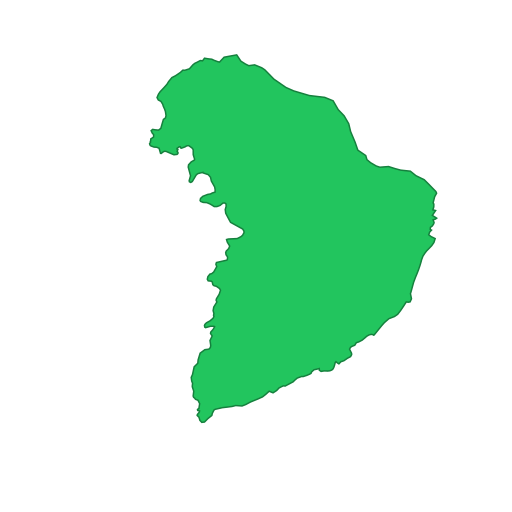 outline of Macenta, Macenta, Guinea, rotated 26°
{"feature_id": "49546643B89321000346935", "entity_name": "Macenta", "entity_type": "district", "adm_level": 2, "iso_a3": "GIN", "parent_name": "Guinea", "parent_adm1": "Macenta", "projection": "albers", "projection_center": [-9.435, 8.32], "detail": "fine", "context": "isolated", "style": "filled", "palette": "green", "viewbox_px": 512, "rotation_deg": 26, "n_neighbors": 0, "source": "geoboundaries", "source_scale": "gbopen_adm2", "svg_char_len": 5517}
<svg xmlns="http://www.w3.org/2000/svg" viewBox="0 0 512 512"><g transform="rotate(26 256 256)"><path d="M389.4,119.2L384.6,117.5L380.2,115.9L373.8,113.7L364.6,113.7L357.5,112.1L348.4,115.4L342.7,116.5L335.9,117.5L328.4,121.9L324.6,122.4L318.1,121.9L313.5,120.8L310.6,117.6L301.1,116.2L295.2,110.3L286.5,102.7L281.4,96.5L273.8,91.4L265.7,88.4L257.3,82.7L248.2,83.3L233.6,88.4L217.4,91.1L209.0,91.4L194.6,89.2L182.3,84.8L178.6,84.3L171.0,84.8L166.1,88.1L165.9,88.1L162.4,88.1L157.0,87.5L150.5,83.7L144.5,88.1L140.2,91.3L138.2,97.7L136.5,98.1L132.4,98.5L130.0,98.5L127.0,99.6L123.0,100.8L122.4,104.0L120.3,104.7L118.1,107.7L116.5,109.7L115.5,111.8L114.1,116.9L110.6,120.3L108.8,121.0L107.5,124.3L104.6,129.3L102.2,132.5L101.0,137.5L100.7,140.7L99.5,145.0L97.8,150.4L97.4,153.4L97.6,157.0L99.8,158.6L102.8,158.7L105.6,160.5L107.0,162.0L109.4,164.0L111.3,165.9L113.6,169.3L114.1,171.6L112.9,173.8L113.7,178.5L114.5,183.0L113.2,185.6L110.0,186.8L107.6,187.5L106.8,189.3L109.0,191.1L110.8,191.8L111.8,194.0L110.1,196.9L110.7,198.3L110.9,199.6L111.3,199.8L111.1,201.7L111.9,202.6L112.7,203.1L113.8,203.1L116.7,202.8L117.6,202.4L118.5,202.0L119.1,201.8L120.8,201.7L121.6,201.6L124.5,204.8L124.7,205.0L125.2,205.6L125.7,205.4L125.8,205.4L127.3,202.5L128.0,202.0L128.0,201.9L129.1,201.5L129.4,201.4L137.9,201.0L139.1,200.2L140.5,199.3L140.8,198.5L140.9,198.1L140.4,197.0L139.9,196.9L139.2,196.6L139.1,194.5L138.6,194.5L138.0,194.5L137.8,193.9L138.8,192.1L138.9,191.9L139.2,191.4L139.9,191.0L140.3,191.3L140.9,191.9L141.3,191.8L141.7,191.8L142.3,191.2L144.5,188.9L145.4,187.4L146.8,186.5L147.2,186.3L148.4,186.5L151.2,187.0L152.9,187.9L155.2,192.5L158.2,195.7L158.4,195.9L158.5,196.9L157.6,198.2L156.5,199.8L155.4,203.6L156.1,205.8L162.0,212.6L162.9,217.6L163.6,218.5L165.1,218.5L166.1,217.0L166.7,209.6L167.4,207.8L167.5,207.6L169.3,206.0L171.3,204.4L171.3,204.6L177.5,203.8L180.6,205.2L183.0,208.2L188.6,212.1L190.2,214.3L190.3,214.5L191.2,216.5L189.0,218.6L188.3,219.6L188.0,220.1L185.6,221.8L182.0,225.7L181.0,228.4L180.9,228.5L181.4,230.6L182.3,231.2L185.0,231.0L188.4,229.6L188.6,229.6L191.8,229.4L194.4,229.6L196.8,229.9L199.2,228.7L200.6,227.3L201.5,226.3L203.1,222.9L203.7,222.6L204.6,222.0L205.3,222.2L206.3,222.4L207.3,224.3L207.4,224.5L208.0,227.8L208.7,228.8L209.4,229.9L210.1,230.9L215.7,235.0L218.4,236.9L232.2,237.6L234.2,238.9L234.3,239.0L235.0,240.3L234.9,241.6L234.9,243.0L234.2,244.9L233.8,245.5L233.7,245.6L232.4,247.4L231.4,248.6L223.6,252.9L223.0,253.5L222.3,254.1L224.0,256.0L224.7,256.5L228.0,258.6L228.1,260.2L228.2,261.3L227.1,264.6L227.3,266.3L227.5,266.5L228.5,268.0L229.9,268.8L230.0,268.8L230.9,269.4L231.2,270.1L231.8,271.8L231.5,272.6L223.3,279.2L223.5,280.5L223.5,280.9L225.4,282.8L225.0,289.0L224.5,290.0L224.1,291.0L223.4,291.7L223.3,291.8L222.4,292.6L222.3,293.4L221.8,295.6L222.4,298.2L223.9,299.3L227.0,298.2L227.7,298.4L228.0,298.5L229.8,300.7L231.3,301.1L233.7,300.6L237.4,301.2L238.2,301.7L238.8,302.1L239.1,302.3L239.7,306.5L239.2,311.7L239.5,313.2L240.4,314.0L241.0,314.5L240.4,320.4L241.4,323.9L243.4,326.2L243.6,326.9L243.6,327.0L243.8,327.9L244.0,328.0L244.7,328.8L244.7,330.7L244.6,331.0L243.0,334.6L242.0,336.0L241.4,336.8L240.9,337.6L240.8,337.8L240.5,338.4L240.1,339.7L240.1,340.6L240.2,341.2L240.5,341.5L241.1,342.4L241.7,342.4L242.1,342.5L245.9,339.1L249.0,337.6L249.8,337.7L249.7,339.6L249.7,340.5L249.6,340.9L248.7,344.2L249.1,345.6L251.6,347.0L251.7,347.8L251.7,348.4L251.7,352.1L254.5,356.2L254.9,357.4L254.9,357.5L255.1,358.3L254.5,360.3L254.3,360.5L253.4,361.1L251.1,362.6L248.4,367.8L249.5,374.7L250.7,377.9L249.0,382.7L250.9,390.4L251.0,393.5L253.0,396.5L253.5,397.0L254.8,398.2L255.7,400.7L256.1,401.5L259.3,404.8L260.9,409.4L261.7,410.2L261.8,410.3L262.1,410.4L263.1,410.6L264.4,411.3L267.1,411.1L270.1,413.4L271.5,418.1L271.1,418.7L271.0,418.9L270.9,419.1L270.7,419.6L271.3,420.4L273.2,420.0L273.5,421.2L273.0,423.2L272.8,424.3L273.0,425.1L275.4,425.9L277.6,428.3L280.2,429.3L282.5,427.8L284.1,423.1L286.2,418.7L285.7,416.4L285.8,412.7L286.5,411.7L292.2,407.1L297.0,404.0L300.5,401.7L303.3,399.3L309.2,396.9L311.9,394.0L313.7,391.5L315.1,389.6L317.4,387.0L320.7,383.3L322.0,381.7L323.6,379.8L325.4,376.1L327.1,371.8L331.3,371.5L332.9,368.9L333.5,367.9L334.0,366.4L334.5,364.6L336.1,362.4L337.5,360.7L339.2,360.1L344.6,352.7L345.2,350.8L346.6,347.6L349.9,344.2L351.1,343.8L354.0,341.0L356.0,338.7L356.9,337.4L356.8,335.8L358.0,332.8L360.2,331.1L362.2,329.4L363.0,330.9L365.1,331.2L366.3,330.3L367.8,329.3L370.8,328.0L372.7,326.8L373.8,325.6L374.6,324.4L374.8,322.3L374.5,320.0L373.9,317.0L374.2,315.9L376.0,316.4L377.8,316.6L378.6,313.9L380.9,311.6L382.1,309.5L382.9,308.0L385.1,305.0L385.2,302.7L384.5,301.5L380.9,298.7L381.0,296.7L381.8,295.2L383.9,292.9L384.2,289.9L386.0,288.2L387.4,286.3L388.3,285.1L389.8,281.8L390.7,279.6L392.1,277.5L392.3,277.3L393.9,275.9L395.8,275.4L396.4,275.6L396.8,275.2L397.9,270.4L399.5,263.5L400.6,259.6L402.9,254.1L407.0,249.7L408.9,246.3L409.9,241.4L410.6,236.4L411.2,231.4L413.1,230.8L414.6,229.7L414.5,226.3L411.3,222.1L411.2,221.2L410.5,217.4L409.2,210.6L408.7,205.5L408.5,202.1L408.1,197.1L407.5,192.4L406.9,188.8L406.5,186.9L406.1,183.1L406.5,179.7L407.1,176.7L408.2,173.4L409.4,169.7L410.0,165.9L409.4,161.8L404.8,161.8L401.9,161.2L401.6,158.3L402.4,155.8L400.9,155.7L400.2,153.8L401.3,151.7L401.6,149.1L401.4,147.9L399.3,145.8L401.1,144.2L401.8,142.8L396.7,142.2L397.5,136.4L394.7,137.0L394.3,134.0L393.1,131.4L391.9,130.6L390.6,124.5L390.8,120.4L389.4,119.2Z" fill="#22c55e" stroke="#15803d" stroke-width="1.5"/></g></svg>